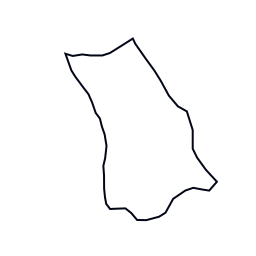 Psyllatos, Cyprus (Mercator projection), rotated 328°
{"feature_id": "46923920B47767845876682", "entity_name": "Psyllatos", "entity_type": "district", "adm_level": 2, "iso_a3": "CYP", "parent_name": "Cyprus", "parent_adm1": "", "projection": "mercator", "projection_center": [33.687, 35.249], "detail": "fine", "context": "isolated", "style": "outline", "palette": "ink", "viewbox_px": 256, "rotation_deg": 328, "n_neighbors": 0, "source": "geoboundaries", "source_scale": "gbopen_adm2", "svg_char_len": 736}
<svg xmlns="http://www.w3.org/2000/svg" viewBox="0 0 256 256"><g transform="rotate(328 128 128)"><path d="M179.5,54.7L166.9,54.8L152.3,54.8L144.7,52.9L134.5,46.5L128.2,41.4L119.3,37.6L114.3,31.9L110.5,49.1L110.5,56.7L111.7,71.3L112.4,78.3L111.1,87.3L108.6,98.1L109.2,105.1L106.7,112.7L104.8,121.0L100.3,131.8L92.7,141.4L87.0,147.1L82.6,155.4L75.6,166.8L71.8,174.5L69.3,180.8L69.9,187.2L75.6,190.4L83.2,194.8L85.7,201.8L87.0,210.8L94.6,215.8L107.3,219.7L114.9,219.7L128.8,212.0L143.4,211.4L151.6,213.3L158.6,219.7L163.7,224.1L174.9,220.7L171.9,204.7L170.9,189.8L171.9,179.9L181.8,164.0L186.7,145.1L181.8,136.1L179.8,122.2L180.8,105.3L180.8,93.3L179.8,79.4L178.8,60.5L179.5,54.7Z" fill="none" stroke="#020617" stroke-width="2"/></g></svg>